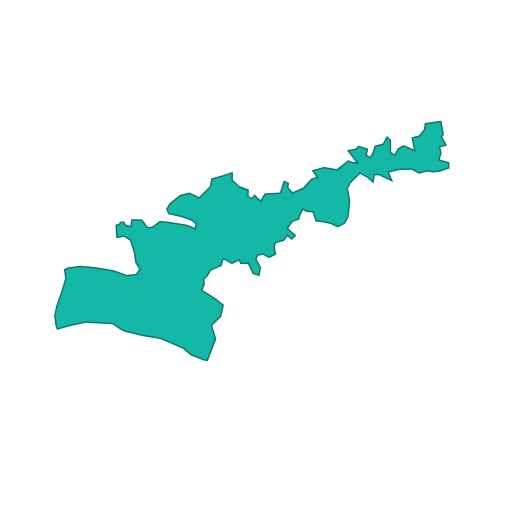 Kumkurgan, Surkhandarya, Uzbekistan, rotated 77°
{"feature_id": "79887680B83701806850214", "entity_name": "Kumkurgan", "entity_type": "district", "adm_level": 2, "iso_a3": "UZB", "parent_name": "Uzbekistan", "parent_adm1": "Surkhandarya", "projection": "equal_earth", "projection_center": [67.631, 37.927], "detail": "fine", "context": "isolated", "style": "filled", "palette": "teal", "viewbox_px": 512, "rotation_deg": 77, "n_neighbors": 0, "source": "geoboundaries", "source_scale": "gbopen_adm2", "svg_char_len": 2270}
<svg xmlns="http://www.w3.org/2000/svg" viewBox="0 0 512 512"><g transform="rotate(77 256 256)"><path d="M169.6,260.6L170.5,270.2L171.1,281.7L178.3,284.7L186.6,298.3L179.9,306.8L180.1,316.0L185.8,328.1L190.4,332.4L195.2,331.2L200.8,319.4L206.2,310.9L211.1,306.9L215.8,309.0L210.4,317.0L207.1,325.2L202.9,335.6L201.0,342.0L204.7,350.4L204.1,355.4L195.3,359.2L192.9,368.8L199.3,371.3L196.6,376.3L193.1,377.5L193.0,380.8L194.7,381.7L194.6,385.4L206.6,387.2L206.9,379.9L212.6,374.6L225.6,373.6L235.1,374.5L242.6,372.0L247.2,376.7L246.0,386.4L238.3,398.5L231.4,415.3L226.6,429.8L225.5,441.3L226.2,445.5L234.8,446.2L246.3,452.6L260.3,461.5L269.2,465.5L277.4,466.3L282.5,465.9L281.8,454.3L282.0,436.9L284.4,428.8L289.6,410.7L296.9,404.1L299.8,400.4L308.0,384.0L314.7,367.6L329.4,347.6L334.5,343.9L338.1,341.0L345.5,329.9L346.8,327.1L345.2,325.9L327.8,314.1L313.5,315.0L306.9,304.1L296.6,299.1L288.7,305.3L277.1,316.7L272.0,312.9L266.8,312.2L264.7,308.5L259.3,303.2L257.4,292.1L251.9,289.2L251.5,287.8L257.7,281.1L255.8,273.2L259.7,272.5L261.3,265.2L265.6,264.0L272.2,262.8L275.4,257.5L268.5,254.4L259.3,256.9L255.5,254.4L255.7,248.5L260.2,243.6L258.6,236.6L251.7,236.4L247.4,234.4L246.8,225.2L242.6,220.9L247.5,217.4L245.0,213.2L236.1,219.3L230.3,212.7L229.6,206.2L225.3,203.8L220.7,199.9L223.8,196.8L225.7,190.5L235.3,189.5L238.1,181.8L240.9,175.9L245.8,169.7L243.9,162.3L238.4,157.5L223.3,152.4L210.7,151.9L206.1,148.1L202.8,143.0L198.6,135.9L204.5,129.3L210.2,125.4L203.3,122.4L204.3,117.8L213.1,106.8L203.9,108.3L203.8,96.9L206.4,84.2L211.7,78.9L211.6,69.7L213.9,64.3L214.5,58.0L213.5,48.3L208.5,47.4L203.5,56.3L197.2,52.6L190.9,52.7L190.7,46.0L181.6,48.5L179.7,46.3L166.5,45.7L165.2,61.2L170.8,63.3L175.9,69.8L176.1,77.2L189.1,77.6L181.9,87.4L183.5,93.0L189.0,98.2L185.4,101.7L173.3,99.0L169.7,101.6L175.7,106.9L175.9,115.1L182.3,119.0L186.1,122.8L182.5,125.9L177.0,123.4L172.4,131.5L174.5,134.7L174.2,142.5L188.3,136.1L186.4,141.6L184.2,144.7L185.8,148.0L190.3,157.7L185.2,169.9L185.7,181.4L193.2,178.4L193.9,184.9L200.6,194.3L202.8,206.3L196.7,209.7L192.4,208.2L189.7,211.8L200.3,218.1L197.7,233.2L203.6,238.9L200.5,241.5L196.6,243.7L199.1,247.0L196.4,250.5L189.9,248.9L184.5,257.0L177.0,262.2L169.6,260.6Z" fill="#14b8a6" stroke="#0f766e" stroke-width="1.5"/></g></svg>